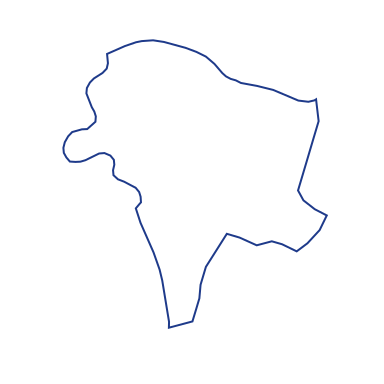 outline of Thosan, Hwanghae-bukto, North Korea, rotated 196°
{"feature_id": "82179303B9528454471639", "entity_name": "Thosan", "entity_type": "district", "adm_level": 2, "iso_a3": "PRK", "parent_name": "North Korea", "parent_adm1": "Hwanghae-bukto", "projection": "robinson", "projection_center": [126.762, 38.336], "detail": "fine", "context": "isolated", "style": "outline", "palette": "blue", "viewbox_px": 384, "rotation_deg": 196, "n_neighbors": 0, "source": "geoboundaries", "source_scale": "gbopen_adm2", "svg_char_len": 1191}
<svg xmlns="http://www.w3.org/2000/svg" viewBox="0 0 384 384"><g transform="rotate(196 192 192)"><path d="M239.3,165.7L241.5,160.8L233.0,148.2L212.3,123.3L201.7,108.4L196.2,98.7L178.3,60.9L176.8,55.2L155.9,67.7L155.7,81.1L155.6,91.8L158.2,105.2L158.0,123.9L152.5,142.6L147.0,161.4L133.7,161.3L115.1,158.6L101.7,166.6L91.0,166.6L75.0,163.8L66.9,174.5L58.8,190.6L56.0,206.6L69.3,209.3L82.6,214.7L90.5,222.7L90.2,252.2L90.0,276.2L89.8,295.0L98.3,315.3L99.6,313.8L105.0,310.8L115.0,309.2L142.1,312.5L158.7,311.9L175.0,310.3L180.7,311.4L186.0,311.4L191.2,312.5L195.7,314.7L205.7,321.3L216.0,326.0L226.4,327.9L238.0,328.8L260.3,328.5L271.2,327.1L281.9,323.2L287.1,320.5L296.7,313.8L311.7,301.3L308.3,292.6L308.0,287.1L310.8,281.8L317.6,274.1L320.3,269.1L321.7,263.0L320.7,257.7L311.7,245.9L308.1,242.4L305.3,238.2L304.2,232.9L310.1,223.6L315.1,221.9L323.7,216.6L326.4,211.4L328.0,204.8L327.8,199.0L326.0,194.3L322.3,190.6L317.8,187.6L312.3,188.8L307.6,190.4L303.2,193.2L291.9,203.4L286.9,205.3L280.5,204.5L276.0,201.4L274.2,196.8L273.9,191.2L272.1,186.5L266.7,183.8L260.1,183.2L247.3,180.5L242.8,177.4L240.1,173.3L238.2,168.0L239.3,165.7Z" fill="none" stroke="#1e3a8a" stroke-width="2"/></g></svg>